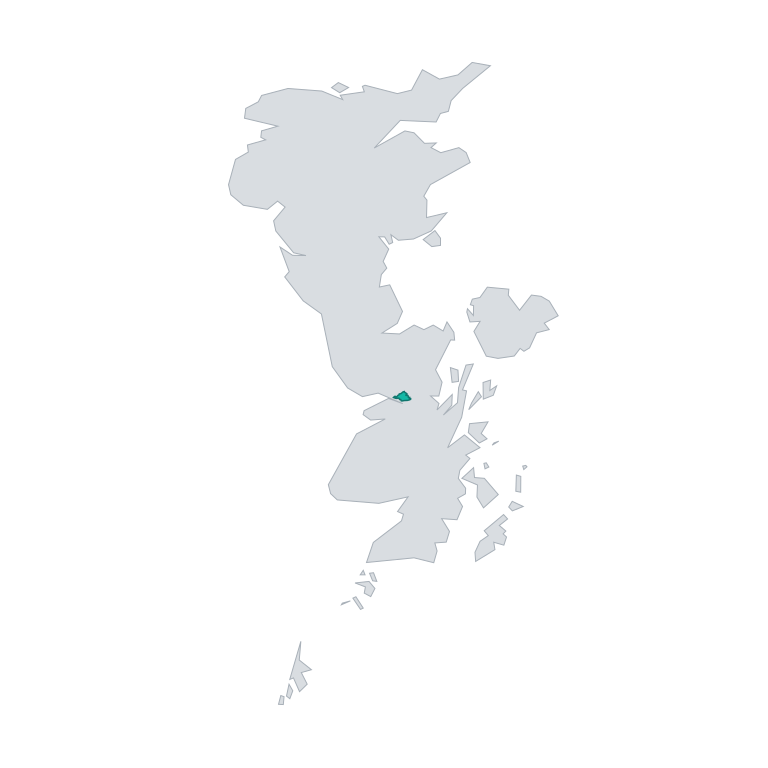 Falkirk highlighted on a map of United Kingdom, rotated 184°
{"feature_id": "GBR-2015", "entity_name": "Falkirk", "entity_type": "Unitary District", "adm_level": 1, "iso_a3": "GBR", "parent_name": "United Kingdom", "parent_adm1": "", "projection": "mercator", "projection_center": [-3.764, 55.973], "detail": "fine", "context": "in_parent", "style": "filled", "palette": "teal", "viewbox_px": 768, "rotation_deg": 184, "n_neighbors": 0, "source": "natural_earth", "source_scale": "10m", "svg_char_len": 4354}
<svg xmlns="http://www.w3.org/2000/svg" viewBox="0 0 768 768"><g transform="rotate(184 384 384)"><path d="M410.2,618.7L380.8,637.9L371.6,636.7L360.4,626.9L348.7,628.1L353.6,623.1L343.5,618.7L325.8,625.0L318.2,620.6L313.5,611.0L351.6,586.2L357.4,574.1L354.0,570.4L353.2,553.0L333.3,559.2L347.5,540.0L364.7,530.7L379.7,528.4L387.5,533.4L385.2,525.7L388.6,523.8L393.6,530.8L399.4,530.5L388.7,518.9L393.4,506.2L389.3,499.8L394.3,493.0L395.4,480.4L385.2,483.3L370.6,457.7L375.0,445.4L389.6,434.7L372.0,435.0L358.1,444.9L348.0,441.0L339.0,446.2L328.7,441.0L325.5,450.3L317.9,440.4L316.6,432.7L320.6,432.6L333.6,401.8L326.2,389.9L328.5,375.8L336.7,375.3L327.8,368.4L329.3,361.8L315.2,378.3L314.9,367.5L322.6,357.2L309.4,370.4L309.3,385.6L303.5,408.6L296.3,410.2L305.3,383.6L301.2,382.9L304.2,356.2L316.1,324.8L300.2,338.8L283.8,327.2L297.5,318.8L293.1,315.7L302.3,303.2L303.3,295.0L295.3,285.7L295.1,280.1L302.6,275.1L297.1,267.3L301.7,253.7L317.1,253.7L308.4,241.5L310.9,230.6L322.2,229.0L319.4,221.1L321.9,209.2L341.9,212.7L389.0,204.7L383.6,225.2L357.0,248.7L355.5,255.5L361.6,257.7L352.1,273.1L380.8,264.6L422.5,265.1L429.6,270.9L432.5,279.7L407.9,332.3L380.3,349.2L394.8,347.1L402.7,352.0L402.0,356.0L378.5,369.9L363.9,365.7L389.2,374.5L404.6,369.9L420.0,377.5L436.8,397.7L451.3,449.5L470.4,461.3L490.5,483.9L486.4,489.5L497.3,513.4L484.2,506.0L470.8,506.7L483.3,508.6L502.6,529.1L505.5,539.1L495.0,553.6L502.9,559.0L512.5,550.1L536.8,552.5L550.0,562.1L553.0,572.0L547.8,597.7L535.5,605.9L536.9,612.9L519.1,619.3L524.1,621.5L523.8,628.0L507.9,633.8L541.7,639.4L541.1,649.3L529.1,656.7L526.2,663.3L500.4,672.1L466.5,671.9L445.0,664.8L447.8,669.0L424.0,674.1L426.3,679.4L423.8,680.7L390.9,674.6L377.0,679.1L367.6,700.2L350.0,692.0L331.8,697.5L318.5,710.9L300.1,708.9L326.1,684.4L336.8,671.4L338.8,660.5L346.6,657.8L350.3,649.0L386.2,648.1L410.2,618.7ZM287.7,487.8L266.1,487.3L266.2,481.2L253.9,467.0L243.1,483.0L233.4,482.4L224.9,478.2L215.0,464.2L228.4,455.9L223.0,449.8L235.4,445.7L241.3,430.2L246.7,426.4L250.7,429.0L256.0,421.0L272.1,417.5L283.9,418.9L298.0,442.7L292.5,453.2L302.6,451.9L306.4,461.5L306.0,464.9L299.6,458.6L300.1,468.4L303.4,469.1L301.8,474.8L294.3,477.0L287.7,487.8ZM281.5,222.5L277.2,233.8L269.4,240.0L273.8,244.6L255.6,262.1L251.3,258.0L259.1,250.9L252.2,245.8L254.7,242.8L251.1,239.9L253.2,231.6L263.5,233.8L261.8,226.5L280.2,213.4L281.5,222.5ZM283.4,277.7L283.7,289.8L299.7,295.3L288.8,306.8L287.2,297.0L277.3,296.9L262.3,281.7L276.1,267.4L283.4,277.7ZM446.8,71.2L453.8,84.5L457.4,82.7L449.0,121.5L449.3,102.7L436.5,93.9L446.4,90.4L439.7,79.2L446.8,71.2ZM295.9,350.4L277.6,353.5L283.6,341.4L277.4,336.5L284.8,331.8L296.5,341.4L295.9,350.4ZM345.9,524.4L355.0,530.8L343.9,540.6L337.8,533.4L337.3,526.2L345.9,524.4ZM283.9,375.8L285.3,392.4L277.9,395.4L278.0,384.9L271.5,390.0L274.2,380.4L283.9,375.8ZM389.1,174.0L388.4,180.3L399.0,183.5L385.2,186.0L378.8,179.4L382.4,171.0L389.1,174.0ZM318.9,405.0L311.2,403.0L309.8,391.8L316.2,390.4L318.9,405.0ZM457.0,676.0L450.6,681.5L440.0,677.3L448.5,671.5L457.0,676.0ZM289.4,382.9L285.9,378.1L297.7,364.3L295.3,371.2L289.4,382.9ZM247.1,266.4L251.0,270.0L247.9,275.9L236.6,271.5L247.1,266.4ZM245.6,302.4L241.1,301.4L240.1,285.6L245.0,286.2L245.6,302.4ZM457.8,77.9L453.6,71.6L456.0,63.5L459.5,65.9L457.8,77.9ZM400.1,168.2L397.2,169.8L389.1,159.0L391.7,157.5L400.1,168.2ZM385.2,194.2L381.3,195.0L377.4,186.6L381.6,186.9L385.2,194.2ZM466.9,57.1L465.2,66.0L461.9,65.1L462.1,57.2L466.9,57.1ZM410.3,162.5L402.4,165.3L411.1,160.8L410.3,162.5ZM278.8,311.8L276.5,312.5L273.6,308.5L277.3,306.4L278.8,311.8ZM394.4,192.0L391.7,196.7L389.6,192.3L394.4,192.0ZM270.2,332.9L265.5,335.0L271.8,330.5L270.2,332.9ZM239.9,311.8L236.9,312.7L235.6,311.4L238.6,308.4L239.9,311.8Z" fill="#d9dde1" stroke="#a8b0b8" stroke-width="1"/><path d="M365.6,368.4L366.0,369.2L366.2,369.7L366.5,369.8L367.2,369.6L367.4,369.7L367.6,370.0L367.8,370.4L368.0,370.8L368.4,370.9L370.4,370.5L371.1,370.5L373.6,371.2L373.3,371.6L372.4,372.4L371.5,372.4L371.1,371.9L370.4,372.1L369.2,373.7L368.2,374.3L368.1,375.1L366.3,375.7L364.4,377.5L363.2,377.9L363.0,377.3L361.6,376.6L360.3,375.6L361.3,374.6L361.4,374.4L361.3,374.2L359.3,374.1L358.9,373.4L358.8,372.5L357.5,372.4L357.8,371.5L357.6,371.2L356.4,371.3L356.3,370.8L357.1,370.1L359.4,369.3L362.7,368.9L364.6,368.4L365.6,368.4Z" fill="#14b8a6" stroke="#0f766e" stroke-width="1.5"/></g></svg>